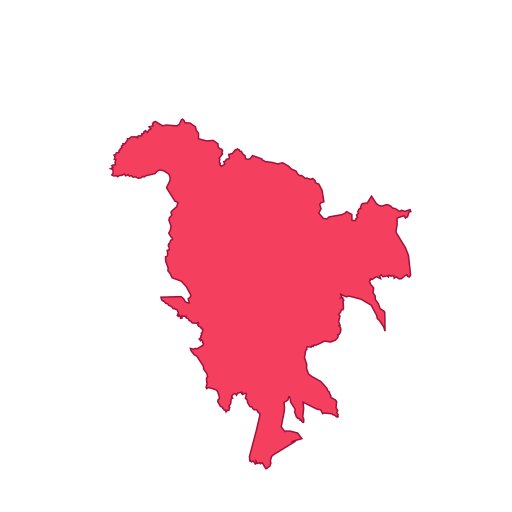 San Jerónimo Xayacatlán, Puebla, Mexico (Robinson projection), rotated 317°
{"feature_id": "50627088B57891806628735", "entity_name": "San Jerónimo Xayacatlán", "entity_type": "district", "adm_level": 2, "iso_a3": "MEX", "parent_name": "Mexico", "parent_adm1": "Puebla", "projection": "robinson", "projection_center": [-97.931, 18.205], "detail": "fine", "context": "isolated", "style": "filled", "palette": "rose", "viewbox_px": 512, "rotation_deg": 317, "n_neighbors": 0, "source": "geoboundaries", "source_scale": "gbopen_adm2", "svg_char_len": 6125}
<svg xmlns="http://www.w3.org/2000/svg" viewBox="0 0 512 512"><g transform="rotate(317 256 256)"><path d="M381.3,291.0L373.6,293.1L369.5,290.2L368.1,290.4L365.0,292.1L364.9,292.8L363.4,291.9L360.6,293.0L360.2,294.6L357.4,294.6L356.5,297.0L354.9,296.8L352.8,297.9L350.5,295.4L354.4,291.0L352.5,285.3L350.0,285.4L347.0,284.3L336.0,277.2L333.3,277.3L330.9,274.5L331.2,267.4L335.8,265.8L337.7,261.7L339.7,261.4L342.7,262.6L349.0,253.2L351.0,246.2L349.8,243.9L349.7,242.5L350.6,241.2L350.4,238.0L348.4,237.3L346.1,233.4L344.9,232.7L344.3,228.2L342.7,226.9L342.4,224.3L343.2,221.2L341.1,216.2L341.1,212.7L339.1,206.0L334.6,203.4L331.8,198.8L327.2,193.2L326.2,190.3L326.4,188.8L322.0,180.2L318.0,180.9L315.9,179.7L314.7,177.6L316.4,175.2L315.9,172.6L316.6,169.6L315.7,168.1L316.1,166.8L315.4,164.9L314.1,165.2L313.4,164.2L308.6,164.9L305.3,163.1L303.5,166.1L302.4,166.3L300.2,165.0L298.6,165.8L296.8,165.0L295.7,167.6L291.8,166.7L291.8,164.9L293.1,163.8L292.9,162.9L293.8,161.8L295.6,160.5L295.7,159.3L301.1,158.6L301.3,157.4L303.5,156.1L303.7,154.2L302.9,153.5L302.5,150.8L304.7,147.9L303.5,142.2L298.4,138.2L293.9,131.1L297.6,127.1L298.1,123.1L299.8,120.4L298.4,113.8L294.9,110.1L295.8,107.6L295.6,105.7L294.3,105.5L290.1,107.3L287.0,107.0L279.9,99.2L276.5,97.1L274.2,89.0L272.9,88.4L270.7,88.5L269.5,90.6L265.9,88.6L265.8,91.4L263.5,90.8L260.8,91.5L260.7,88.9L258.4,88.8L257.5,89.8L255.7,88.7L254.5,90.2L251.7,87.8L250.0,88.8L249.9,87.4L246.0,83.8L243.3,83.7L242.0,82.5L240.9,83.6L236.7,84.5L235.3,83.1L234.6,84.1L232.5,83.9L231.6,85.5L230.0,84.9L228.7,85.8L227.8,85.4L226.4,86.8L224.1,85.3L222.6,86.2L220.9,85.3L220.4,87.7L218.3,88.6L219.1,90.2L216.9,91.2L215.4,93.4L212.8,91.6L212.0,91.7L211.8,93.8L209.2,93.0L210.4,95.1L208.1,97.9L205.8,98.3L206.5,100.4L208.7,102.2L208.9,103.7L211.1,104.0L212.8,105.5L215.7,106.4L215.3,108.4L217.8,109.5L217.9,111.3L219.8,112.4L219.8,114.6L221.7,115.6L223.0,119.0L225.5,120.5L227.4,120.5L228.1,121.9L230.4,122.3L238.2,126.8L241.7,126.6L244.4,127.4L246.9,131.3L248.0,136.4L247.6,138.3L246.2,140.7L243.9,142.4L237.1,145.0L234.1,160.5L235.4,163.6L231.7,165.8L224.7,165.7L223.4,166.3L222.3,168.7L218.7,169.0L216.7,170.4L214.3,176.1L211.0,178.7L207.8,179.7L206.9,183.8L207.1,185.1L206.2,187.0L204.2,186.3L202.0,187.6L200.4,187.6L199.8,188.5L199.1,188.3L198.1,190.9L196.4,192.4L194.9,191.3L192.4,194.8L190.8,195.5L189.2,194.9L186.4,198.2L183.6,204.8L181.5,206.7L181.2,210.2L179.8,214.7L184.2,223.5L184.1,231.0L181.7,240.1L180.6,241.1L177.1,241.1L175.4,244.8L174.4,244.2L173.1,241.3L173.9,237.9L173.6,234.7L158.4,221.3L157.5,222.8L157.0,224.6L157.9,226.7L157.7,229.1L158.8,230.7L158.5,232.4L159.8,235.6L159.5,238.1L160.4,238.4L160.6,239.8L161.7,241.3L160.6,244.5L157.9,245.8L158.0,246.9L159.2,246.1L159.6,246.5L158.9,247.7L159.4,249.1L158.3,250.1L159.6,251.0L161.1,249.1L162.2,251.1L163.9,252.4L162.7,253.4L163.7,255.9L163.0,257.7L163.8,258.8L163.7,261.5L166.5,264.5L168.4,265.1L167.9,266.3L166.5,266.4L166.1,268.1L167.3,271.1L166.4,271.7L167.1,273.4L164.8,275.2L163.3,275.2L162.9,276.5L161.1,276.8L160.1,278.1L157.9,277.9L157.7,280.2L159.0,280.1L158.7,282.5L157.8,283.0L157.8,284.3L156.4,285.1L149.8,283.7L148.9,282.5L146.2,281.0L145.0,278.8L144.7,279.2L143.8,281.5L143.5,286.2L144.4,288.9L142.3,300.8L140.6,302.8L140.0,308.1L138.4,311.1L136.4,311.6L133.8,314.7L133.8,315.6L129.9,318.0L129.5,319.4L131.3,319.6L132.9,321.9L135.4,326.4L135.5,328.9L133.0,334.2L131.6,335.4L130.4,335.2L128.8,336.2L127.4,341.7L128.4,343.8L127.8,344.7L127.8,347.1L128.5,348.1L127.8,349.6L129.3,349.3L131.1,350.3L133.5,348.8L133.5,347.7L137.4,346.3L140.0,343.8L141.1,343.5L141.8,344.1L142.6,341.9L146.0,341.6L147.0,343.0L146.8,344.5L149.1,343.8L152.7,345.8L152.9,346.4L151.8,346.7L151.7,348.2L154.5,349.0L154.9,350.4L151.2,352.8L151.4,355.7L149.9,357.2L148.9,362.1L150.1,363.7L149.6,365.6L149.9,367.4L151.7,369.0L150.9,371.6L151.4,373.7L150.1,375.2L137.3,383.8L114.3,398.3L111.7,401.7L112.5,402.3L112.2,403.4L114.2,404.3L113.6,407.7L114.6,407.9L116.1,406.2L115.6,408.8L117.6,409.5L117.4,410.9L119.6,411.5L118.1,418.4L118.8,418.7L122.9,419.1L125.8,417.5L126.5,415.9L130.5,413.3L132.9,413.2L157.2,418.1L155.9,416.6L156.9,416.7L165.0,420.9L165.7,413.8L161.6,407.4L158.4,404.3L157.4,404.1L157.9,398.2L170.0,389.4L173.2,386.7L176.6,382.2L181.1,383.1L184.0,381.3L184.5,381.6L183.9,383.5L181.7,386.4L180.1,394.9L177.9,396.4L175.9,401.0L175.8,403.7L176.6,404.1L177.0,405.5L176.3,406.2L177.3,407.3L176.7,407.9L176.8,409.6L177.3,410.1L178.0,409.6L179.8,407.7L180.4,405.6L187.0,399.9L190.7,395.0L196.2,409.8L198.4,412.5L197.2,416.7L199.4,417.9L204.1,423.5L203.9,424.3L205.1,426.2L205.1,428.2L205.7,429.4L206.4,429.5L206.3,428.6L207.7,428.3L208.3,425.6L210.3,424.8L211.1,421.5L215.6,417.6L215.9,415.4L214.3,410.4L215.6,408.9L216.1,406.4L216.9,405.7L216.6,403.7L217.6,401.1L217.8,392.1L214.6,382.0L214.0,378.1L216.2,372.8L219.2,369.9L222.1,363.5L227.8,359.0L229.7,358.9L230.6,357.5L231.5,357.3L234.4,360.4L235.8,359.9L236.3,361.3L237.8,360.7L239.2,362.2L248.2,365.1L251.9,369.8L256.6,371.7L259.8,371.5L261.7,370.5L262.1,369.3L263.5,369.9L265.3,369.5L267.9,367.8L269.1,365.5L269.2,363.7L270.1,364.1L271.7,360.4L276.4,357.2L276.6,355.1L279.6,354.8L281.3,353.8L282.4,353.8L282.8,354.6L284.5,353.8L288.8,348.5L290.1,348.2L289.9,347.4L291.0,345.8L289.3,344.3L290.9,344.2L292.1,340.9L292.0,342.5L294.3,347.6L296.6,348.6L303.4,359.3L306.7,370.5L303.8,381.5L302.0,384.6L302.3,387.1L301.1,394.7L299.1,399.0L311.8,385.0L312.0,383.6L310.9,379.2L313.1,373.7L313.6,369.2L315.9,366.5L316.5,362.7L320.3,359.6L320.5,355.1L321.7,351.8L323.0,351.8L324.0,350.7L324.9,352.4L329.8,353.1L331.7,357.5L332.7,355.0L334.9,355.3L334.7,357.8L338.3,359.9L338.5,361.7L340.3,360.7L341.0,362.9L343.4,364.2L341.9,366.5L344.3,366.8L345.1,370.4L346.8,371.7L351.8,372.0L353.6,372.9L353.0,374.3L353.7,375.9L355.9,375.6L367.8,359.7L370.9,352.1L374.6,334.0L380.8,329.1L385.0,324.5L391.7,327.5L391.2,330.2L393.7,330.6L398.1,328.1L399.5,329.1L400.0,328.0L400.3,327.1L395.3,324.9L393.6,321.7L391.6,321.6L390.1,316.1L388.6,314.2L388.5,311.3L387.5,308.7L386.4,307.4L382.0,305.3L380.2,302.4L379.8,299.5L381.3,291.0Z" fill="#f43f5e" stroke="#9f1239" stroke-width="1.5"/></g></svg>